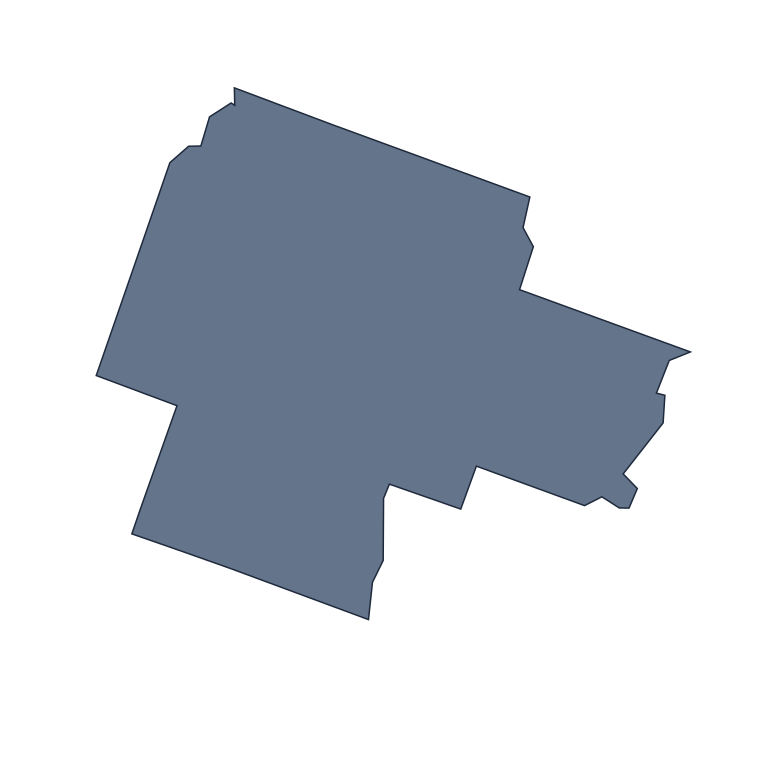 outline of Bienville, Louisiana, United States of America, rotated 200°
{"feature_id": "52423323B2528057898342", "entity_name": "Bienville", "entity_type": "district", "adm_level": 2, "iso_a3": "USA", "parent_name": "United States of America", "parent_adm1": "Louisiana", "projection": "natural_earth1", "projection_center": [-93.107, 32.366], "detail": "fine", "context": "isolated", "style": "filled", "palette": "slate", "viewbox_px": 768, "rotation_deg": 200, "n_neighbors": 0, "source": "geoboundaries", "source_scale": "gbopen_adm2", "svg_char_len": 627}
<svg xmlns="http://www.w3.org/2000/svg" viewBox="0 0 768 768"><g transform="rotate(200 384 384)"><path d="M657.3,293.5L571.1,292.8L570.2,185.5L569.7,156.9L520.9,157.6L466.7,158.1L318.0,157.3L327.0,193.7L324.4,217.9L345.3,276.4L344.7,291.7L269.1,292.7L269.1,338.4L154.0,338.3L140.7,352.5L120.5,348.0L111.3,351.2L110.2,372.4L128.5,381.3L108.4,442.9L116.2,469.5L124.9,468.6L124.0,503.7L107.1,518.9L288.9,519.0L290.6,564.1L306.8,578.5L310.9,609.6L520.7,610.0L625.9,611.1L619.6,594.9L623.8,595.8L639.3,575.4L637.5,545.0L648.9,540.6L660.9,518.8L659.5,433.9L657.3,293.5Z" fill="#64748b" stroke="#1e293b" stroke-width="1.5"/></g></svg>